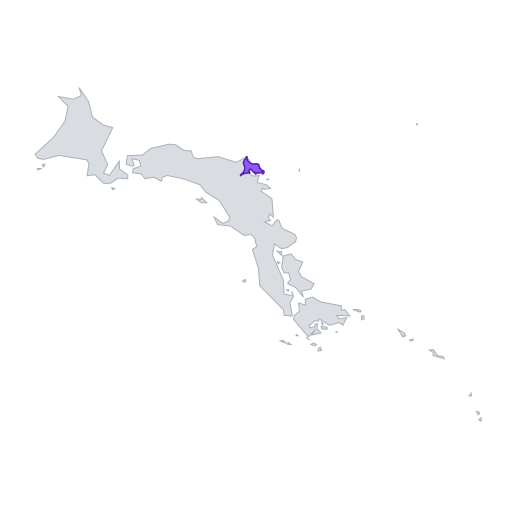 Chiba on a map of Japan (Mercator projection), rotated 266°
{"feature_id": "JPN-1855", "entity_name": "Chiba", "entity_type": "Prefecture", "adm_level": 1, "iso_a3": "JPN", "parent_name": "Japan", "parent_adm1": "", "projection": "mercator", "projection_center": [140.102, 35.49], "detail": "fine", "context": "in_parent", "style": "filled", "palette": "violet", "viewbox_px": 512, "rotation_deg": 266, "n_neighbors": 0, "source": "natural_earth", "source_scale": "10m", "svg_char_len": 5847}
<svg xmlns="http://www.w3.org/2000/svg" viewBox="0 0 512 512"><g transform="rotate(266 256 256)"><path d="M356.7,132.8L365.1,134.9L364.7,149.7L370.7,158.9L373.6,177.2L372.4,183.9L366.6,191.2L365.3,198.7L359.5,200.0L357.1,204.0L357.7,225.2L350.7,243.2L355.6,253.4L348.9,257.7L347.2,264.2L338.9,269.5L338.6,261.9L343.0,256.2L338.7,254.7L335.7,259.7L336.1,264.9L329.2,262.3L326.5,271.0L322.5,275.4L321.9,268.3L323.5,267.3L320.6,265.4L311.9,275.9L293.5,276.1L297.0,272.4L291.9,271.1L290.4,273.1L289.4,266.8L284.9,274.2L290.6,279.1L290.2,281.2L281.6,284.1L274.9,296.2L271.3,297.7L267.3,296.4L262.1,287.5L261.6,281.9L266.7,275.4L255.7,272.5L229.7,281.7L216.2,281.2L213.5,290.8L206.9,286.6L193.5,288.1L194.9,279.9L200.6,279.5L226.1,257.6L243.4,257.7L262.8,252.9L265.3,257.4L274.7,255.7L277.8,252.5L277.4,245.5L287.6,232.8L290.0,219.8L297.8,216.9L290.9,225.2L292.8,230.9L296.6,232.6L314.0,223.1L323.2,210.3L331.0,205.0L338.2,188.7L342.5,173.1L341.3,168.2L337.2,166.8L341.6,159.6L340.9,150.7L346.0,147.0L347.7,138.7L351.6,139.5L353.6,147.4L359.6,146.2L361.7,139.3L354.4,140.7L354.5,138.2L356.7,132.8ZM403.7,74.8L418.2,79.0L428.9,70.0L425.1,85.0L428.4,93.1L436.4,91.2L421.6,99.8L406.1,102.5L397.3,112.7L394.1,122.0L371.6,109.2L357.5,114.4L349.2,109.6L346.7,115.5L360.2,126.2L352.2,126.0L345.8,133.8L342.0,133.4L343.2,123.9L338.7,115.8L339.1,109.1L348.4,100.9L347.8,93.1L359.9,95.9L363.8,93.6L370.1,66.4L367.2,51.0L368.6,45.3L373.0,42.8L388.4,62.2L403.7,74.8ZM197.7,295.4L206.2,295.4L203.6,301.8L209.4,302.2L211.1,309.4L205.6,317.5L200.3,337.8L196.0,337.2L196.4,340.7L189.7,345.3L191.2,332.1L187.6,334.8L188.1,342.2L180.9,337.8L183.8,334.1L181.7,324.7L189.0,314.5L186.6,313.8L187.4,310.4L182.4,303.7L180.6,305.1L181.4,310.0L183.8,310.0L184.1,312.9L179.4,311.6L174.8,315.5L173.3,306.0L178.4,310.0L171.7,302.5L190.2,289.0L194.1,290.1L197.7,295.4ZM242.8,280.8L254.1,283.2L255.7,291.1L249.8,295.3L246.6,302.3L237.7,297.2L232.1,300.1L224.2,312.0L219.2,308.8L217.8,298.8L211.6,300.5L221.6,293.7L226.3,285.7L230.5,288.9L236.9,287.3L237.2,282.8L242.8,280.8ZM150.2,426.4L143.8,430.2L142.8,435.5L140.3,436.6L144.4,425.7L147.5,426.1L150.1,422.2L150.2,426.4ZM318.2,205.7L312.5,210.6L312.9,205.4L317.0,200.5L316.2,205.5L318.2,205.7ZM173.5,392.1L168.2,399.3L164.9,397.1L173.5,392.1ZM179.9,322.0L177.9,321.8L178.7,316.4L181.3,316.0L179.9,322.0ZM258.9,281.9L254.6,281.8L260.0,276.9L258.4,279.8L258.9,281.9ZM188.7,359.5L185.8,359.5L184.9,357.1L189.0,357.1L188.7,359.5ZM170.0,277.0L166.6,280.3L169.6,274.1L170.0,277.0ZM194.2,357.0L192.7,356.1L195.8,348.8L195.8,352.3L194.2,357.0ZM156.8,311.3L159.6,311.7L160.5,313.9L157.2,314.8L156.8,311.3ZM167.7,282.0L165.3,284.8L165.7,281.3L167.7,282.0ZM79.0,469.2L75.6,469.1L75.6,468.5L77.1,466.8L79.0,469.2ZM233.4,243.7L231.3,244.2L230.8,241.9L232.2,241.0L233.4,243.7ZM163.5,310.2L162.2,308.1L164.0,304.6L165.2,307.3L163.5,310.2ZM85.6,465.0L84.6,467.8L83.0,468.0L82.2,466.4L85.6,465.0ZM162.2,406.9L160.6,406.7L160.7,403.6L161.5,403.4L162.2,406.9ZM362.5,51.8L360.1,51.0L359.9,49.8L361.8,49.2L362.5,51.8ZM186.0,316.5L183.3,318.4L182.5,317.5L186.0,316.5ZM333.3,119.8L332.1,117.6L334.2,116.8L333.3,119.8ZM214.5,290.1L216.2,289.4L218.4,289.3L214.5,290.1ZM358.6,44.2L358.2,48.4L357.2,43.8L358.6,44.2ZM170.5,301.6L168.3,303.7L171.5,300.1L170.5,301.6ZM104.3,460.9L101.5,461.1L101.7,458.6L102.5,459.8L104.3,460.9ZM174.9,291.0L173.2,292.7L173.9,290.4L174.9,291.0ZM249.0,277.1L247.8,279.3L246.6,277.4L249.0,277.1ZM166.4,398.5L166.0,399.8L165.4,398.2L166.4,398.5ZM332.1,272.3L331.5,274.0L331.1,272.3L332.1,272.3ZM175.2,331.4L173.8,331.9L175.1,330.5L175.2,331.4ZM220.0,284.2L220.1,286.1L218.6,285.9L220.0,284.2ZM339.3,305.3L337.8,305.6L337.8,304.7L339.3,305.3ZM376.6,425.4L376.7,427.1L375.7,425.2L376.6,425.4Z" fill="#d9dde1" stroke="#a8b0b8" stroke-width="1"/><path d="M355.4,253.2L355.5,253.2L355.6,253.3L355.7,253.5L355.6,253.9L355.4,254.1L355.2,254.0L355.1,253.8L354.9,253.6L354.5,253.7L354.0,253.9L353.1,254.2L353.1,253.9L352.2,254.1L351.1,254.8L349.3,256.6L348.3,258.1L347.7,260.3L348.0,261.3L348.1,261.8L348.0,262.7L347.9,263.4L347.8,263.9L347.6,264.3L347.1,264.3L346.8,264.7L346.8,265.0L346.6,265.3L346.3,265.2L346.2,264.9L345.9,265.2L345.5,265.2L345.3,265.6L344.7,265.6L343.9,265.5L343.6,265.4L343.1,265.9L343.0,266.3L342.6,266.7L342.3,266.7L341.7,267.1L341.3,267.4L341.1,267.7L341.0,268.0L340.8,268.3L340.8,268.7L340.8,269.0L340.6,269.3L340.5,269.5L340.2,269.7L339.8,269.8L339.5,269.8L339.3,269.7L339.1,269.8L338.8,269.8L338.8,269.7L338.5,269.6L338.6,269.4L338.5,269.1L338.3,269.0L337.8,268.8L337.4,268.7L337.4,268.3L337.6,268.3L337.9,268.4L338.1,268.4L338.3,268.3L338.5,268.2L338.8,268.0L339.1,268.1L339.3,267.9L339.2,267.6L339.1,267.4L338.7,267.3L338.7,267.1L338.9,266.9L339.0,266.7L338.9,266.5L338.8,266.1L338.7,265.9L338.7,265.2L338.5,264.7L338.5,264.4L338.5,264.2L338.5,263.9L339.0,263.6L339.2,263.4L339.2,262.9L338.9,262.4L339.0,262.0L338.3,261.8L337.9,261.6L338.2,261.5L338.5,261.3L338.5,260.9L338.8,260.7L338.9,260.3L339.7,260.6L339.9,260.3L339.9,260.0L339.8,259.4L340.0,259.2L340.4,259.0L340.7,258.7L341.1,258.7L341.5,258.4L341.7,258.0L342.1,257.6L342.6,257.0L342.9,257.1L343.0,256.8L343.1,256.5L342.8,256.5L342.8,256.2L342.7,255.8L342.4,255.6L342.2,255.3L341.9,255.0L341.6,254.7L341.3,254.7L341.1,254.5L340.6,254.4L340.1,254.6L340.4,255.1L340.0,255.4L339.7,255.6L339.6,255.4L339.4,255.4L339.3,255.2L339.2,255.2L339.4,254.7L339.5,254.4L339.5,253.9L339.2,252.3L339.4,250.8L339.3,250.5L339.2,250.1L339.1,249.8L338.8,249.4L338.6,249.1L338.1,247.5L337.9,247.1L337.4,246.2L337.7,246.2L338.0,246.3L339.2,247.7L340.3,249.1L340.9,249.6L343.5,250.8L344.2,251.0L344.5,251.0L346.6,250.8L347.0,250.7L347.4,250.3L347.8,250.2L348.9,250.0L350.4,250.1L350.7,250.2L351.6,250.8L352.3,251.0L352.7,251.2L353.0,251.5L353.7,252.4L354.1,252.7L354.4,253.0L354.8,253.2L355.4,253.2L355.4,253.2Z" fill="#8b5cf6" stroke="#5b21b6" stroke-width="1.5"/></g></svg>